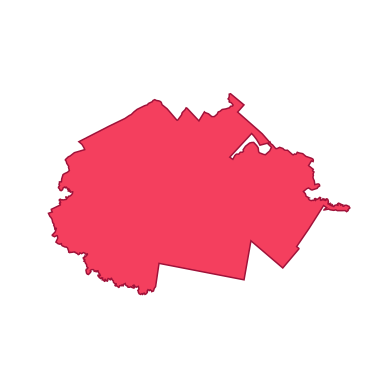 the district of Raca, Arges, Romania, rotated 343°
{"feature_id": "2599482B74938824194628", "entity_name": "Raca", "entity_type": "district", "adm_level": 2, "iso_a3": "ROU", "parent_name": "Romania", "parent_adm1": "Arges", "projection": "albers", "projection_center": [25.033, 44.43], "detail": "fine", "context": "isolated", "style": "filled", "palette": "rose", "viewbox_px": 384, "rotation_deg": 343, "n_neighbors": 0, "source": "geoboundaries", "source_scale": "gbopen_adm2", "svg_char_len": 5946}
<svg xmlns="http://www.w3.org/2000/svg" viewBox="0 0 384 384"><g transform="rotate(343 192 192)"><path d="M256.6,291.2L277.4,277.8L277.7,277.5L277.6,277.0L276.1,274.8L292.9,261.4L313.9,243.4L316.2,246.3L313.1,247.5L313.0,247.8L317.7,248.3L318.9,249.4L322.2,251.0L324.2,251.1L325.5,252.3L333.1,254.6L334.1,256.0L335.4,255.6L336.1,255.1L336.1,254.5L338.3,253.4L337.8,251.4L337.3,251.3L336.0,249.9L334.3,249.4L333.3,249.9L332.4,249.9L332.1,249.4L332.5,248.5L331.7,248.0L330.6,248.0L330.9,247.3L330.1,246.8L330.1,246.4L328.8,245.5L327.9,245.8L327.9,246.9L327.6,247.4L326.8,246.6L325.1,246.5L324.3,246.6L323.4,247.4L322.6,247.0L322.5,245.4L321.3,245.9L320.9,245.5L321.3,244.4L320.1,244.4L320.6,243.4L319.1,243.6L318.6,243.2L318.7,242.9L319.5,242.9L319.1,242.1L319.7,240.9L319.7,239.1L319.4,238.3L318.6,237.9L317.7,239.0L316.9,239.1L316.6,238.7L317.0,237.8L316.8,237.6L316.4,237.5L315.6,238.0L315.1,237.8L315.5,236.9L315.3,236.7L314.3,237.5L312.8,237.7L312.5,237.3L313.0,236.5L312.7,236.0L313.3,235.1L312.7,234.5L309.8,235.7L309.2,235.4L308.7,235.6L308.8,235.0L308.5,234.8L307.5,236.0L307.3,235.6L308.1,234.4L307.9,234.2L307.2,234.3L306.7,235.2L305.9,235.6L304.7,235.1L303.9,235.2L303.0,234.8L302.0,234.0L301.4,232.6L301.6,231.8L302.2,231.8L299.9,229.5L299.9,226.8L298.7,224.1L302.7,222.4L304.7,222.2L306.5,224.6L307.4,225.2L312.8,225.1L313.7,224.3L315.9,223.5L316.0,222.0L315.0,221.1L311.6,220.8L312.2,217.2L311.9,214.9L312.0,213.1L313.0,211.5L313.0,210.2L314.5,208.5L313.5,207.0L314.6,205.8L311.2,200.8L315.3,197.2L316.7,198.3L317.3,197.2L317.3,196.0L316.3,194.8L311.3,191.2L309.1,187.7L305.7,185.9L304.3,184.8L302.9,186.1L302.3,186.3L301.1,185.6L299.9,186.1L299.1,185.7L295.6,180.0L293.5,179.4L292.6,178.7L291.6,176.9L288.9,174.9L286.5,175.3L285.0,175.1L284.6,174.6L282.8,170.5L281.5,168.9L281.2,167.0L280.1,167.6L279.1,167.9L278.8,168.3L281.0,172.5L278.4,175.4L273.1,177.8L271.5,177.0L267.9,174.2L267.5,172.8L268.2,169.2L267.4,166.5L265.5,162.6L263.5,162.1L261.4,162.0L256.5,163.9L253.2,166.6L253.2,168.0L252.0,168.7L249.8,168.1L247.7,169.5L245.9,168.8L244.9,169.0L243.5,169.8L240.6,172.7L238.3,169.7L266.1,153.5L267.6,156.6L269.1,160.7L270.7,167.1L278.5,167.4L279.2,167.7L280.2,167.5L280.7,166.9L276.2,156.9L259.0,128.9L267.2,123.9L257.6,109.3L256.2,109.3L255.7,111.1L254.9,112.6L253.7,113.5L254.6,115.4L253.9,116.5L254.0,116.9L255.5,117.9L256.7,120.5L256.4,121.3L255.9,121.6L253.9,121.3L252.5,122.4L248.5,122.4L245.0,121.9L242.4,123.0L240.5,123.1L238.8,124.9L235.4,126.4L233.0,125.7L230.6,122.0L227.8,119.9L227.3,119.0L219.4,126.0L211.8,110.5L211.0,109.8L209.4,111.3L206.6,112.8L205.6,113.5L204.6,115.2L199.6,118.9L198.9,119.1L198.5,118.8L192.5,105.1L188.9,99.8L188.8,97.5L188.4,96.4L187.0,95.2L184.6,94.0L183.4,92.8L181.5,93.1L180.4,94.0L176.2,94.6L174.8,95.6L171.9,95.6L163.8,96.9L160.1,98.3L156.5,100.2L154.5,100.5L149.3,102.1L132.5,104.7L98.5,110.8L100.7,114.3L101.6,117.9L101.8,120.1L91.0,120.0L86.1,121.9L84.0,122.2L80.4,124.0L80.2,124.5L80.7,125.8L80.6,128.0L81.6,131.4L81.1,132.3L81.0,135.6L78.7,136.7L75.1,137.2L73.7,137.7L71.2,141.4L70.1,144.0L68.2,143.6L67.7,145.1L67.1,145.6L67.2,147.2L65.9,148.1L65.5,148.9L66.1,150.0L66.4,151.9L67.3,152.5L68.8,152.0L70.1,150.3L71.5,150.0L72.0,150.9L72.3,151.0L73.0,150.5L73.5,151.1L74.1,153.8L74.7,153.7L75.1,153.1L75.3,153.4L75.2,153.9L74.1,154.9L74.9,155.4L75.7,155.2L75.5,156.1L75.7,156.6L77.9,156.9L77.5,158.1L76.0,159.5L74.1,160.2L72.8,160.0L72.5,160.5L71.3,161.0L70.6,160.1L69.9,159.9L69.8,160.5L70.4,161.7L69.7,162.3L66.2,161.9L65.8,161.5L64.6,161.3L64.2,160.5L63.2,160.4L62.8,160.7L62.6,161.6L63.2,162.1L63.2,163.8L62.7,164.2L62.2,163.8L61.9,164.1L62.4,165.6L62.3,165.9L52.4,167.4L52.2,167.9L52.5,170.2L48.5,170.4L49.0,173.8L49.6,175.0L50.2,177.3L49.9,179.8L50.0,181.1L50.5,182.1L50.5,182.7L50.0,183.4L50.3,185.2L50.0,187.3L51.3,186.8L51.6,187.1L49.6,190.1L45.7,192.3L45.7,192.9L47.4,194.6L50.0,194.1L50.4,194.5L50.2,196.6L49.9,197.2L47.2,200.1L48.8,202.3L50.2,203.2L51.9,203.1L52.0,203.3L51.6,204.0L52.2,205.5L54.6,207.6L55.5,207.7L56.6,209.0L56.8,212.6L56.5,213.4L57.1,214.1L57.6,214.3L58.2,214.1L59.1,214.5L62.0,214.9L62.3,215.5L62.9,215.6L63.4,216.7L64.2,217.1L64.9,218.6L65.8,218.6L67.0,217.5L68.4,218.7L70.5,218.2L71.7,219.2L71.8,220.2L73.8,220.6L73.6,221.4L72.0,221.9L71.6,222.6L71.3,222.6L70.6,222.0L70.0,223.2L69.3,222.9L68.7,223.2L68.7,224.4L69.6,225.2L69.7,225.7L68.4,226.5L69.5,228.0L69.3,229.3L70.0,230.3L69.6,232.1L69.6,232.9L70.3,234.0L69.7,234.7L68.3,235.0L67.7,235.9L67.4,238.7L67.9,240.0L68.8,240.6L69.7,240.2L71.4,239.2L72.1,238.4L71.6,237.7L72.4,237.1L73.3,236.9L74.8,237.3L75.3,238.0L75.3,239.3L76.6,239.3L76.9,240.2L77.6,240.3L77.6,239.6L79.0,239.8L79.0,241.3L79.3,242.6L79.8,243.5L79.9,245.0L79.4,245.1L78.2,244.0L77.7,244.1L77.6,244.7L77.8,245.3L78.4,245.5L78.2,246.6L79.5,248.2L80.7,247.6L81.4,248.1L80.5,249.8L81.4,250.2L82.2,251.8L82.7,251.8L83.2,250.2L83.7,250.3L83.8,251.2L84.6,251.7L84.6,252.3L84.9,252.5L85.5,252.1L86.0,250.7L86.5,250.2L87.4,250.8L88.1,252.1L88.7,251.9L89.1,251.1L89.5,250.9L89.8,251.0L90.1,253.0L90.8,253.9L90.5,254.9L90.6,255.6L91.4,257.1L92.6,257.5L92.4,258.4L91.1,258.7L91.2,259.2L91.5,259.5L92.4,259.6L94.1,261.8L94.8,261.5L95.3,260.5L96.1,260.5L97.1,261.0L97.9,260.4L98.6,261.6L99.1,261.2L99.5,260.3L101.4,260.0L101.3,261.5L102.2,262.8L102.9,263.1L102.8,264.1L103.3,264.5L104.6,264.9L105.8,264.6L106.1,265.1L106.4,265.1L106.4,265.5L108.1,266.8L108.8,266.8L109.4,265.9L108.3,265.3L108.5,264.8L108.2,264.2L108.9,264.0L109.6,264.3L109.8,265.9L111.1,266.8L113.0,266.5L113.1,267.2L112.8,269.4L111.4,270.3L111.6,271.0L111.4,271.9L111.7,273.8L112.8,274.9L114.4,274.5L114.8,274.7L114.7,275.5L114.8,275.5L115.1,275.1L115.8,275.2L116.6,274.7L117.1,276.2L118.3,276.0L119.9,275.0L120.1,274.1L120.6,273.8L120.5,273.2L121.4,272.5L122.6,273.8L123.1,273.3L123.6,273.3L124.1,274.4L124.5,274.6L124.4,275.5L126.2,275.4L127.8,273.1L129.5,271.9L139.6,250.6L216.1,291.2L234.1,255.9L256.6,291.2Z" fill="#f43f5e" stroke="#9f1239" stroke-width="1.5"/></g></svg>